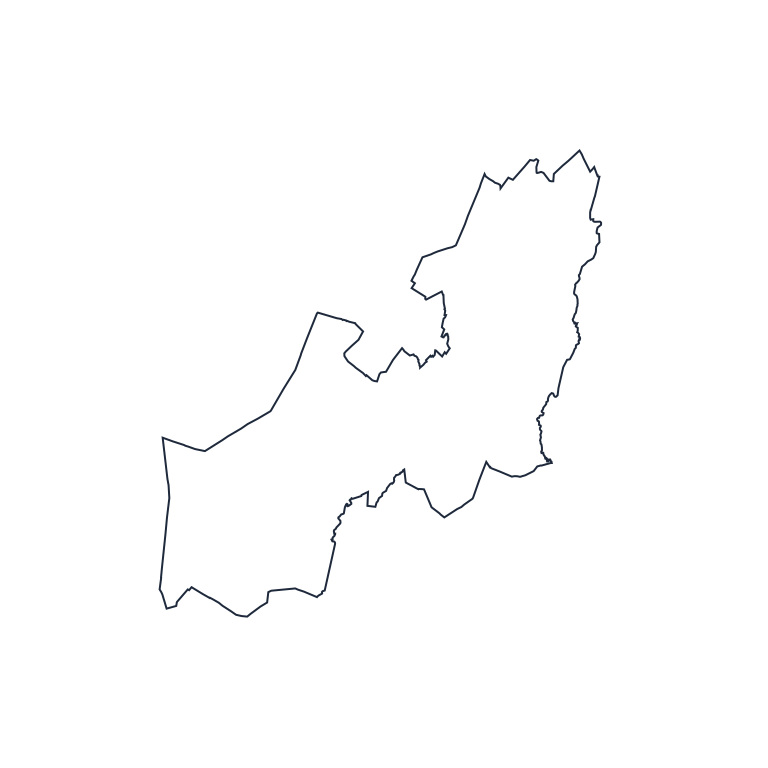 Preiļu pag., Preilu, Latvia (Equal Earth projection), rotated 292°
{"feature_id": "27541924B82337484092202", "entity_name": "Preiļu pag.", "entity_type": "district", "adm_level": 2, "iso_a3": "LVA", "parent_name": "Latvia", "parent_adm1": "Preilu", "projection": "equal_earth", "projection_center": [26.708, 56.291], "detail": "fine", "context": "isolated", "style": "outline", "palette": "slate", "viewbox_px": 768, "rotation_deg": 292, "n_neighbors": 0, "source": "geoboundaries", "source_scale": "gbopen_adm2", "svg_char_len": 6153}
<svg xmlns="http://www.w3.org/2000/svg" viewBox="0 0 768 768"><g transform="rotate(292 384 384)"><path d="M100.4,274.5L103.9,273.7L104.7,273.8L120.0,279.0L119.8,280.5L123.5,281.7L121.3,295.0L120.3,302.5L120.6,302.6L120.3,305.6L119.3,312.8L117.9,317.3L116.0,327.2L114.6,333.3L115.5,338.9L117.1,344.3L120.9,346.4L131.5,352.9L137.6,357.5L147.7,354.7L150.1,356.9L161.2,378.3L161.1,381.2L161.5,387.5L161.3,401.7L162.1,401.9L163.4,402.6L166.5,405.1L167.9,404.4L168.9,404.7L170.3,406.4L217.6,398.5L218.8,397.8L219.3,396.3L218.8,395.1L220.1,393.6L220.8,394.5L221.9,394.0L222.8,394.1L224.5,394.9L226.3,395.0L226.9,394.8L226.5,394.0L228.8,392.6L229.8,392.5L231.8,393.6L233.1,393.6L238.4,395.7L239.6,395.4L240.8,394.8L242.2,392.1L242.6,391.8L243.4,391.7L244.6,392.5L247.0,393.2L248.6,395.1L249.2,395.2L255.1,393.9L258.2,394.0L259.0,394.5L258.9,395.1L258.4,395.5L257.3,395.6L257.0,395.9L257.1,396.1L257.8,396.9L260.6,398.6L261.5,398.2L263.3,395.7L264.1,395.9L264.4,396.5L265.9,396.7L265.8,397.9L271.6,404.9L272.7,404.8L278.0,409.6L264.8,414.3L266.9,422.0L271.4,421.5L272.7,422.1L276.3,422.1L279.5,424.1L281.8,423.5L282.7,423.7L285.7,426.0L288.6,425.8L293.6,427.2L294.8,428.2L295.0,428.6L294.7,429.0L295.0,429.2L296.6,429.8L298.4,429.6L299.1,429.1L300.8,428.5L302.7,429.2L304.0,429.3L305.1,431.0L306.7,432.5L307.4,432.8L307.9,432.4L309.4,433.9L309.9,434.1L311.0,433.9L312.3,434.8L300.8,441.1L299.3,455.0L299.5,455.0L300.9,459.0L301.3,460.6L287.5,474.3L284.8,484.1L284.2,485.3L282.9,489.9L295.5,498.7L298.9,501.8L302.2,503.5L310.7,509.0L311.8,509.2L330.8,508.3L350.1,508.0L346.4,513.4L346.8,513.7L346.3,514.2L346.1,515.4L346.2,523.8L346.0,537.2L347.6,539.8L348.5,542.6L348.9,544.9L352.3,549.2L359.3,555.4L365.0,557.0L367.2,559.9L367.3,560.5L373.3,568.3L373.6,569.1L374.7,568.4L374.7,567.8L375.9,566.8L376.2,566.2L375.2,565.7L375.7,565.2L375.6,564.9L374.9,564.7L374.6,564.9L374.6,565.4L374.2,565.5L373.9,565.3L373.9,564.8L373.3,564.3L373.6,563.9L375.9,563.0L376.2,562.3L375.2,561.8L375.2,561.5L377.2,560.2L377.5,559.3L378.1,558.8L378.3,558.3L379.8,557.5L379.9,557.0L379.0,555.9L379.2,555.7L380.2,555.1L381.7,555.3L384.3,554.2L387.0,552.6L387.3,551.7L389.5,550.5L390.1,549.8L393.3,549.5L395.7,547.9L396.7,548.1L399.0,547.8L399.4,547.5L399.9,546.2L400.6,545.4L401.7,545.0L402.6,545.3L403.7,545.2L404.1,544.8L404.2,543.0L405.6,542.6L407.2,541.7L407.4,541.4L407.4,540.2L408.8,539.0L410.1,539.4L410.8,540.5L411.9,540.3L412.9,540.4L413.5,540.9L414.3,542.7L415.2,543.1L416.8,542.9L417.2,540.8L417.8,540.4L418.3,540.4L419.8,540.9L421.8,540.6L426.0,541.9L428.1,541.3L429.1,542.2L430.3,542.2L431.5,541.6L433.3,541.4L434.9,541.5L436.5,542.0L438.4,542.9L438.5,544.5L436.8,546.1L436.3,547.0L436.3,547.7L436.6,548.3L438.5,549.2L445.6,547.3L466.8,543.9L475.0,544.7L476.3,546.8L476.8,547.1L483.9,547.8L487.9,547.7L489.4,548.3L491.7,547.5L492.2,547.6L494.1,549.2L494.9,549.5L496.6,548.3L497.9,548.3L498.0,548.9L498.4,549.0L499.9,548.7L500.4,548.3L500.0,547.9L501.0,547.4L501.2,547.0L501.1,546.7L503.3,546.3L504.2,544.8L504.4,543.7L505.9,543.7L508.7,542.6L509.0,540.9L509.3,540.2L510.0,540.1L511.2,540.6L512.0,540.2L512.6,540.3L512.3,539.8L512.3,539.0L511.7,538.6L512.3,538.1L511.8,537.6L512.3,537.3L513.3,535.7L514.5,534.8L516.5,535.0L519.9,534.7L521.7,535.2L523.8,534.9L526.9,534.1L529.0,534.1L530.0,533.6L531.0,533.5L535.0,531.7L537.1,530.2L538.0,529.2L538.6,527.0L539.2,526.3L540.6,525.8L546.6,524.7L547.5,524.0L549.3,524.3L549.7,524.7L552.3,525.7L554.4,526.1L556.0,525.3L556.7,524.6L557.9,523.9L559.4,524.4L567.0,523.7L570.3,525.5L574.0,526.9L577.0,529.5L579.1,530.9L583.8,531.1L585.9,530.9L590.7,529.3L592.5,529.5L596.1,530.7L603.7,527.2L603.4,525.3L603.5,524.8L604.5,524.2L606.1,523.8L609.1,523.4L612.6,525.5L613.2,525.5L614.8,524.9L615.4,523.9L615.4,523.4L613.4,518.8L613.2,517.9L613.5,516.9L615.2,516.3L613.8,514.1L615.2,512.9L620.5,510.8L622.7,510.4L622.7,510.6L636.0,509.2L636.7,509.3L656.9,506.1L656.5,504.5L657.5,503.9L657.3,503.6L663.9,497.6L661.7,497.0L658.1,495.6L667.7,484.7L671.1,481.3L673.7,477.8L660.1,471.4L653.3,467.8L642.4,462.8L635.4,465.0L634.6,463.0L634.4,461.3L639.5,452.8L639.5,450.2L637.3,447.5L637.0,446.5L637.5,446.1L642.2,444.0L648.9,443.4L649.3,442.4L649.5,440.9L647.1,439.2L646.4,435.5L638.6,433.0L621.6,427.0L621.9,422.0L609.0,418.8L611.1,417.8L612.1,416.9L612.4,414.7L612.2,411.5L612.9,409.2L613.5,404.9L614.6,400.6L616.4,398.6L606.4,398.7L601.8,399.1L571.3,398.8L562.4,399.2L539.5,398.7L536.5,396.0L533.6,392.0L527.0,384.1L524.0,381.0L521.8,379.0L515.9,372.2L502.0,371.6L496.9,371.6L495.0,371.2L490.0,370.8L489.0,374.9L483.2,373.7L480.4,389.7L478.7,390.2L478.2,390.6L478.0,391.4L491.4,402.9L488.6,405.5L488.7,405.8L481.4,409.1L476.6,412.3L476.0,412.0L474.9,413.3L470.6,414.3L471.1,415.7L468.7,415.7L467.0,414.8L462.1,415.6L458.3,416.4L457.2,419.4L449.6,419.5L449.4,421.4L449.6,421.8L451.5,422.0L452.2,422.3L452.2,422.7L453.6,422.8L454.3,423.7L453.9,424.4L453.1,424.6L452.5,425.1L452.3,425.6L449.5,426.9L445.0,427.5L443.0,429.5L441.7,431.6L435.3,430.3L436.2,428.4L431.3,427.6L434.5,419.6L434.4,418.9L430.0,420.1L427.7,419.3L428.3,418.3L426.9,417.5L427.6,416.4L421.8,414.0L420.7,415.2L419.3,414.2L416.5,413.3L412.8,411.4L413.5,411.2L413.6,410.7L414.2,410.5L414.7,409.8L415.8,409.4L417.7,407.4L419.3,407.0L419.5,406.3L420.8,405.2L421.4,404.2L421.7,403.4L421.6,401.6L422.5,400.3L420.1,397.3L422.0,390.6L423.1,389.1L424.0,387.3L409.6,383.3L396.1,381.3L393.6,376.9L391.5,376.1L383.8,376.6L383.2,374.1L383.1,371.8L385.6,364.5L384.6,364.2L386.3,360.4L388.5,351.6L389.3,349.6L391.4,342.2L395.0,336.9L397.6,335.7L399.8,336.4L407.1,339.7L415.4,343.8L424.9,344.9L429.0,335.1L429.6,334.6L428.7,328.5L428.7,325.7L428.4,325.5L428.7,325.1L428.4,322.4L427.9,321.8L428.3,320.2L427.3,315.5L425.4,295.9L424.3,295.4L397.6,295.5L380.6,295.8L380.0,296.0L363.8,296.5L342.0,292.7L316.8,289.1L315.8,288.6L304.5,279.9L295.8,272.6L289.1,268.2L277.2,259.0L271.2,255.0L254.7,243.1L252.9,233.2L252.6,225.7L252.3,222.7L252.5,222.2L252.5,221.1L251.7,209.9L251.3,198.9L214.8,218.8L209.4,222.2L197.8,227.7L178.6,232.9L163.3,237.5L128.6,247.5L120.9,249.8L120.8,250.0L109.5,252.9L107.8,255.2L106.0,257.2L94.3,266.6L100.4,274.5Z" fill="none" stroke="#1e293b" stroke-width="2"/></g></svg>